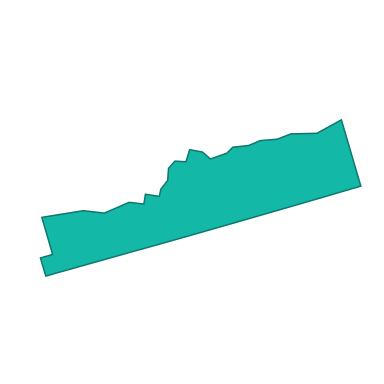 the district of Vermillion, Indiana, United States of America, rotated 254°
{"feature_id": "52423323B79800706132785", "entity_name": "Vermillion", "entity_type": "district", "adm_level": 2, "iso_a3": "USA", "parent_name": "United States of America", "parent_adm1": "Indiana", "projection": "equal_earth", "projection_center": [-87.462, 39.878], "detail": "fine", "context": "isolated", "style": "filled", "palette": "teal", "viewbox_px": 384, "rotation_deg": 254, "n_neighbors": 0, "source": "geoboundaries", "source_scale": "gbopen_adm2", "svg_char_len": 692}
<svg xmlns="http://www.w3.org/2000/svg" viewBox="0 0 384 384"><g transform="rotate(254 192 192)"><path d="M220.2,355.5L214.0,328.3L220.6,303.1L219.3,288.4L222.6,271.7L221.1,259.2L223.8,243.6L219.7,236.1L218.7,218.8L227.6,213.0L233.3,201.4L222.7,194.5L226.4,184.2L221.3,176.0L209.8,171.8L203.3,162.8L196.8,159.4L202.7,146.6L193.7,142.4L199.4,128.7L195.9,101.9L204.0,82.4L209.0,40.7L170.4,40.8L170.4,28.1L151.5,28.3L151.4,30.6L151.5,37.4L151.1,110.8L151.1,117.8L151.1,119.2L151.0,125.4L150.9,131.4L150.9,133.0L150.9,135.4L150.7,188.6L150.7,232.4L150.7,236.6L150.7,241.3L150.7,250.1L150.9,321.0L151.0,332.4L151.1,355.9L220.2,355.5Z" fill="#14b8a6" stroke="#0f766e" stroke-width="1.5"/></g></svg>